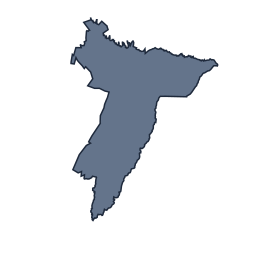 Zvimba, Mashonaland West, Zimbabwe (Equal Earth projection), rotated 194°
{"feature_id": "62879985B3462136177187", "entity_name": "Zvimba", "entity_type": "district", "adm_level": 2, "iso_a3": "ZWE", "parent_name": "Zimbabwe", "parent_adm1": "Mashonaland West", "projection": "equal_earth", "projection_center": [30.365, -17.376], "detail": "fine", "context": "isolated", "style": "filled", "palette": "slate", "viewbox_px": 256, "rotation_deg": 194, "n_neighbors": 0, "source": "geoboundaries", "source_scale": "gbopen_adm2", "svg_char_len": 5921}
<svg xmlns="http://www.w3.org/2000/svg" viewBox="0 0 256 256"><g transform="rotate(194 128 128)"><path d="M183.1,221.4L183.9,222.9L184.3,225.5L184.7,225.4L184.7,223.3L185.1,222.8L184.8,222.0L186.5,222.4L187.0,221.9L187.2,222.1L187.1,222.5L188.1,223.7L188.4,223.2L189.5,223.8L191.1,226.2L190.1,224.0L196.5,219.8L189.0,213.6L189.4,213.4L190.0,212.3L191.4,212.5L191.7,211.9L190.6,205.2L189.7,202.6L191.3,200.9L190.5,200.0L190.6,197.4L192.5,196.8L194.2,197.2L194.3,197.0L192.9,194.6L198.0,193.4L198.3,185.2L199.8,186.0L199.2,178.3L198.9,176.8L195.7,177.1L195.5,183.7L193.5,181.4L191.6,180.0L187.7,177.5L184.8,175.1L183.9,177.2L177.8,173.3L174.1,167.2L177.3,159.2L170.0,158.4L165.3,159.6L159.4,158.3L155.1,158.3L155.3,152.5L155.8,149.7L156.4,145.3L156.2,141.7L157.8,133.3L156.4,126.8L156.0,125.9L161.1,111.6L162.4,106.8L162.8,105.0L160.7,104.2L164.2,101.0L168.8,90.4L171.4,74.2L165.5,72.4L162.6,74.5L161.8,69.9L158.9,72.0L158.4,68.4L158.0,68.0L156.1,68.8L155.2,68.7L153.5,69.1L151.3,71.0L150.8,72.6L146.9,72.7L146.6,72.3L146.7,70.6L146.3,67.4L146.0,66.3L145.7,66.0L145.9,65.4L145.9,64.7L146.1,64.0L145.7,63.4L146.3,61.7L147.4,61.4L147.6,60.6L147.4,60.2L147.2,59.0L145.4,58.3L145.1,58.3L144.7,58.0L144.8,57.6L145.3,57.4L145.3,57.1L145.1,56.9L144.5,56.8L144.4,53.9L143.6,52.9L143.8,52.0L143.4,50.4L144.0,49.7L143.9,48.0L144.2,46.1L144.2,43.9L143.6,41.9L143.3,41.5L143.6,41.3L143.6,40.9L143.9,40.7L143.6,40.2L143.6,39.7L144.0,38.6L143.7,37.5L143.3,37.5L142.2,36.5L142.4,35.7L142.3,35.3L141.6,35.5L141.4,35.2L141.4,34.8L141.7,34.8L141.5,32.4L141.2,32.0L140.7,32.0L140.5,31.7L140.6,30.4L139.6,29.8L139.1,31.5L138.4,32.8L137.4,32.7L136.3,33.9L136.5,35.2L136.1,37.0L135.2,36.9L133.4,37.6L132.7,37.4L132.1,36.9L131.7,37.1L131.4,37.8L131.4,39.9L131.0,40.9L131.2,41.6L131.2,43.3L130.4,42.8L129.6,43.2L128.7,43.1L127.7,45.5L126.2,46.2L125.8,46.7L125.1,47.7L125.0,48.8L124.6,49.8L123.6,50.8L123.3,51.5L123.3,52.3L124.4,53.1L124.3,53.6L123.6,54.8L123.6,55.2L123.9,55.5L124.5,55.3L124.9,55.4L125.1,57.7L123.8,57.3L122.8,57.4L121.3,58.1L120.8,58.9L121.0,59.6L120.4,60.6L120.3,62.3L121.1,63.2L121.2,63.5L121.1,63.8L120.4,63.7L119.8,64.4L119.7,65.1L120.3,70.3L120.1,74.0L119.3,75.9L119.8,77.4L119.7,78.2L119.2,79.1L119.3,80.4L119.0,80.9L117.5,81.6L117.3,82.0L116.7,82.6L116.9,83.4L116.6,84.2L116.2,84.7L115.6,84.8L115.1,85.3L114.9,86.3L114.9,88.5L114.7,89.2L113.1,90.0L112.0,90.8L111.9,91.8L112.3,92.6L112.0,93.9L112.2,94.5L112.2,95.3L111.7,96.0L111.3,97.3L111.2,99.0L110.5,99.7L109.8,101.0L109.7,101.8L109.7,102.9L110.8,106.2L110.2,107.1L109.7,107.0L109.7,108.0L110.1,108.9L111.0,109.5L111.3,111.2L110.6,111.6L110.0,111.3L109.6,111.3L108.6,112.3L107.7,113.8L107.6,115.2L107.9,115.8L107.8,116.1L106.7,117.7L106.1,119.2L105.3,119.8L104.7,121.9L104.9,122.8L104.5,123.6L105.0,124.7L105.6,126.9L104.8,127.8L103.7,130.6L104.1,131.6L103.6,132.2L103.4,133.9L104.0,136.5L103.9,137.1L103.4,137.9L103.5,139.7L103.4,139.9L102.4,140.0L102.8,143.4L103.3,143.8L103.7,143.8L104.1,144.4L104.1,145.5L104.7,146.9L104.7,147.8L104.9,148.3L104.7,149.2L104.8,150.0L105.1,150.5L106.0,151.3L106.1,151.9L106.4,152.4L106.3,153.1L105.7,154.0L106.1,155.6L105.9,156.9L106.2,158.6L106.3,160.3L105.3,162.6L105.4,164.4L104.7,166.0L104.4,166.5L99.0,167.9L78.6,172.5L78.6,173.3L75.8,176.0L74.8,178.1L72.5,184.4L71.7,185.6L71.5,188.1L71.0,188.8L71.1,190.7L70.6,192.8L70.7,194.8L70.2,195.2L69.3,196.6L68.6,198.7L68.1,199.5L67.0,200.0L64.5,202.6L63.0,203.3L62.5,203.9L61.8,205.0L59.9,209.1L57.2,209.8L56.4,209.7L56.2,210.3L56.3,211.0L56.7,211.6L58.3,212.3L60.9,214.7L62.3,214.8L63.3,214.3L64.9,214.9L65.2,214.8L65.2,214.3L66.0,213.4L67.3,213.1L69.4,212.0L69.8,211.9L70.3,212.5L70.4,211.8L70.8,211.3L71.2,211.4L71.5,211.9L71.9,212.1L72.6,211.7L73.2,210.9L73.7,211.5L74.5,211.1L75.0,211.6L77.1,211.4L79.5,212.0L79.8,211.7L81.2,211.8L82.0,213.1L82.2,212.8L82.7,212.8L82.5,212.0L82.7,211.8L83.1,211.7L83.5,212.2L84.3,212.0L84.6,213.0L85.9,212.6L86.6,213.1L87.0,212.8L87.0,212.1L87.9,211.3L88.3,211.4L89.5,210.8L90.1,210.8L90.4,210.4L90.9,211.6L91.8,211.3L91.7,211.0L91.9,211.0L92.4,211.3L92.7,212.2L93.2,212.2L93.8,213.2L94.3,212.8L94.4,212.1L94.9,212.4L95.0,212.0L95.4,211.8L96.1,210.7L96.2,210.2L96.8,210.2L97.1,210.4L97.4,209.9L98.0,209.6L98.5,209.8L98.9,210.4L100.8,209.9L103.0,210.1L103.0,210.4L104.0,210.5L104.6,211.1L105.8,211.2L106.3,211.9L107.3,211.4L108.1,211.4L109.6,212.6L110.3,212.0L111.1,212.3L111.4,211.6L111.8,211.6L113.0,212.7L113.9,212.5L115.1,213.2L115.3,212.8L115.9,213.2L117.0,212.0L117.8,211.7L119.6,211.9L121.1,212.5L122.1,211.3L123.4,210.7L124.0,210.0L125.7,209.0L127.1,207.6L129.3,204.5L130.7,208.8L131.7,206.2L133.7,205.5L134.5,205.9L135.4,205.7L136.1,206.2L136.4,206.7L137.7,206.3L139.0,206.5L139.4,206.8L139.1,207.8L142.6,208.3L143.1,212.2L144.0,213.6L144.4,213.5L144.9,212.6L145.4,210.6L145.6,208.8L145.8,208.1L146.1,208.4L146.7,210.7L147.1,211.0L147.4,210.8L148.5,210.8L149.3,211.7L149.8,212.7L149.8,212.1L149.0,210.3L147.7,208.6L147.6,207.3L147.3,206.7L147.4,206.1L148.4,205.2L149.0,205.6L149.3,205.4L150.0,205.7L149.8,206.6L149.9,206.9L150.9,207.2L151.4,207.7L151.9,207.6L151.6,208.4L152.1,208.9L152.5,208.2L153.0,208.8L153.1,209.5L153.5,209.4L154.2,210.5L154.1,209.4L153.4,207.5L153.4,206.6L154.1,205.2L154.6,205.1L155.3,205.8L155.5,205.5L155.9,205.8L156.4,205.7L156.8,206.1L156.9,206.5L157.0,207.6L157.6,208.7L157.7,209.5L157.9,208.6L157.6,207.4L157.9,205.8L159.5,206.5L159.8,207.1L160.0,206.7L160.7,206.7L161.2,207.7L162.0,207.9L162.3,208.2L162.3,208.9L162.1,209.8L162.8,208.9L163.0,208.9L163.3,209.3L163.5,210.0L163.8,209.7L164.2,209.8L164.6,210.6L164.6,209.7L165.0,209.2L165.6,208.7L166.5,208.6L167.2,209.8L167.2,210.9L167.7,211.8L168.0,213.5L168.3,212.5L168.3,210.5L168.5,210.1L169.0,210.3L170.4,209.7L171.1,211.5L171.2,211.3L171.3,210.3L171.7,210.1L172.1,211.3L172.8,212.1L173.3,212.4L174.1,211.9L175.0,214.1L171.1,218.6L172.9,221.4L172.9,221.8L179.3,225.2L181.4,221.2L183.1,221.4Z" fill="#64748b" stroke="#1e293b" stroke-width="1.5"/></g></svg>